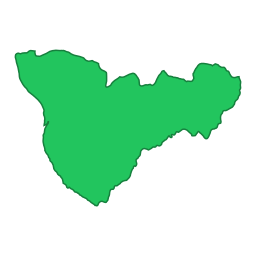 the district of Contadero, Nariño, Colombia
{"feature_id": "7082276B82030364647033", "entity_name": "Contadero", "entity_type": "district", "adm_level": 2, "iso_a3": "COL", "parent_name": "Colombia", "parent_adm1": "Nariño", "projection": "natural_earth1", "projection_center": [-77.512, 0.928], "detail": "fine", "context": "isolated", "style": "filled", "palette": "green", "viewbox_px": 256, "rotation_deg": 0, "n_neighbors": 0, "source": "geoboundaries", "source_scale": "gbopen_adm2", "svg_char_len": 5733}
<svg xmlns="http://www.w3.org/2000/svg" viewBox="0 0 256 256"><path d="M239.0,76.7L237.6,76.8L235.7,77.4L234.6,77.6L233.3,77.5L232.3,77.2L231.5,76.6L230.8,75.7L229.7,73.9L229.1,72.3L228.6,71.6L228.2,71.2L227.0,70.9L226.4,70.5L225.3,68.5L224.5,67.6L223.9,67.3L222.6,67.4L221.6,67.3L221.0,67.1L219.1,66.0L218.2,64.9L216.0,64.1L215.4,63.9L215.1,64.0L213.6,65.0L212.5,65.5L212.4,65.7L211.0,64.8L209.2,64.5L207.3,64.0L203.8,63.5L201.4,63.5L199.7,64.0L198.6,64.9L197.8,65.8L196.6,67.7L195.8,68.6L194.3,71.4L194.0,72.6L193.3,73.4L193.1,73.8L193.2,75.7L193.6,76.7L193.8,78.5L192.6,80.6L192.1,81.1L191.0,81.4L187.6,81.1L186.7,81.6L185.1,80.7L183.9,79.5L183.6,79.3L181.9,79.2L180.8,78.9L178.8,78.5L177.9,77.9L177.6,77.8L177.0,77.9L176.6,77.7L174.8,77.3L173.6,77.4L172.4,76.7L170.6,76.3L169.3,76.3L168.0,75.6L167.6,75.3L165.5,72.5L165.0,72.2L163.9,70.7L162.4,71.1L162.0,71.4L160.7,73.6L159.4,74.9L158.7,75.8L156.8,79.4L155.5,82.5L154.6,83.7L153.8,84.6L152.4,85.4L151.8,85.4L151.2,85.0L150.3,84.4L149.4,84.5L147.3,85.0L146.3,84.8L145.2,84.9L142.9,85.8L141.8,86.0L140.9,85.9L140.0,85.4L139.7,85.1L139.4,84.4L139.0,80.0L138.1,78.4L137.9,77.9L136.9,76.6L136.1,75.2L135.4,74.7L134.7,73.8L133.6,73.4L132.8,73.3L131.7,73.6L129.4,74.3L124.1,76.9L122.6,77.2L122.0,77.2L120.6,77.1L119.9,76.8L118.1,78.3L114.7,80.5L113.1,81.9L111.8,83.3L110.6,85.4L108.1,86.8L107.4,87.0L106.6,87.1L106.0,86.7L105.8,86.4L105.7,85.5L106.0,83.8L106.6,81.1L106.6,76.8L106.5,73.5L106.3,72.5L104.6,71.2L102.3,70.2L101.2,69.5L100.2,68.5L99.2,66.8L98.6,64.8L98.5,63.6L96.4,62.5L93.9,61.7L92.5,60.7L91.7,60.7L90.5,61.0L89.1,61.2L88.4,61.2L86.8,60.7L85.9,60.3L85.0,59.5L83.8,58.1L83.1,57.7L79.7,56.5L74.8,55.4L73.5,55.0L71.1,53.9L69.0,52.4L68.3,52.1L66.5,51.7L64.8,50.9L63.5,50.5L62.8,50.6L61.8,50.5L60.0,50.6L55.9,50.3L52.5,50.7L49.9,51.4L46.3,53.5L42.8,55.0L40.7,56.0L39.7,56.3L36.9,56.1L36.1,55.8L35.7,55.5L35.3,54.5L34.9,52.9L34.9,51.6L35.0,51.1L30.9,50.6L30.3,50.6L29.0,51.2L27.5,52.5L26.6,52.9L24.4,52.9L22.4,53.1L20.4,53.8L18.3,53.2L17.7,53.3L16.7,53.7L15.8,54.5L15.6,55.0L15.4,56.1L15.4,57.5L16.1,60.0L16.5,62.4L18.0,67.4L18.9,72.2L19.2,73.5L19.4,76.5L19.6,77.7L19.9,78.7L20.7,80.4L22.7,84.0L23.7,85.5L24.9,87.0L26.6,88.6L28.1,91.1L28.8,91.9L33.0,95.2L37.8,99.5L40.5,102.7L41.8,104.7L43.8,109.3L44.0,110.2L44.0,111.2L43.6,112.5L43.6,113.8L43.9,115.4L44.5,116.6L44.8,118.7L44.8,119.4L44.6,120.1L44.6,122.4L44.3,123.8L44.1,125.4L47.0,124.0L47.6,123.2L48.0,121.8L48.2,121.7L48.4,121.7L48.3,122.7L48.0,123.6L46.6,125.5L45.0,128.6L44.7,129.9L44.3,133.1L43.3,134.9L43.2,135.6L43.4,137.3L43.3,138.2L43.1,141.0L43.2,142.2L43.8,145.3L44.4,147.0L44.7,148.3L44.9,149.4L44.9,150.6L45.4,151.3L45.8,152.3L46.6,153.6L47.7,154.8L48.1,155.5L48.7,157.4L49.8,158.7L50.0,160.5L50.1,160.8L52.0,162.6L52.6,164.0L53.1,164.8L53.9,168.8L54.8,170.3L55.4,171.0L56.2,171.6L56.7,172.1L57.1,172.7L57.7,174.1L59.0,175.3L60.2,175.9L60.5,176.1L60.6,176.7L62.0,178.4L62.4,179.0L63.1,182.1L63.2,183.2L64.8,184.1L66.0,185.0L66.5,186.1L66.8,187.2L67.2,187.6L67.7,188.0L68.2,188.0L69.0,187.4L69.3,187.3L70.9,188.7L72.7,189.5L73.1,189.9L73.8,190.5L74.3,191.4L75.0,192.0L76.9,192.3L77.4,193.0L78.4,193.3L78.7,193.5L79.5,194.7L79.9,195.0L80.8,195.3L82.7,196.9L83.6,197.2L84.5,197.7L85.9,198.3L86.6,198.7L87.6,199.9L88.0,200.3L89.4,200.8L91.2,202.5L94.4,204.6L95.0,205.4L95.6,205.3L96.0,205.6L96.4,205.7L97.1,205.7L97.7,205.3L97.9,204.9L98.7,203.1L99.4,202.2L100.9,201.4L102.1,201.3L102.7,201.5L104.2,202.1L105.4,202.4L106.1,202.3L107.0,201.2L107.8,200.2L108.6,196.6L109.0,196.1L109.4,194.8L109.7,192.2L110.1,190.7L110.6,189.8L110.8,189.5L111.3,189.4L112.4,189.2L113.0,189.3L113.4,189.1L114.0,188.3L114.3,186.9L114.6,186.3L115.1,185.8L115.5,185.7L116.5,185.8L117.5,185.5L118.3,184.7L120.2,183.5L120.8,182.5L122.8,181.2L124.6,180.6L126.6,180.3L129.1,177.7L129.5,177.1L130.3,175.6L130.5,174.3L131.4,171.4L132.3,169.3L133.3,168.1L133.5,166.9L133.7,166.5L134.1,166.1L134.4,165.9L135.3,166.3L135.9,165.9L136.3,165.3L136.6,164.5L136.7,163.6L136.4,162.3L136.1,161.3L136.1,159.8L136.3,159.4L136.7,159.0L137.8,158.3L138.7,156.7L139.7,155.8L140.1,155.1L140.3,154.3L140.7,151.4L141.1,150.6L141.5,150.1L142.3,149.3L142.8,148.9L144.2,148.5L144.8,148.6L147.1,149.2L148.0,149.7L148.3,149.9L148.8,149.8L151.4,148.3L152.7,147.2L153.4,147.0L154.6,147.1L155.3,147.0L155.7,146.8L156.6,145.6L157.1,145.4L159.3,145.9L160.2,145.6L161.1,144.9L161.4,144.5L161.7,144.0L161.8,143.3L162.1,142.5L162.4,142.2L162.9,141.7L163.7,141.3L164.4,140.4L165.0,140.1L165.4,140.0L166.2,139.5L167.0,138.5L168.6,136.1L169.0,135.9L169.3,136.0L170.2,137.2L170.5,137.4L171.2,137.5L171.7,137.4L172.0,136.6L171.4,135.1L171.6,134.6L172.2,134.5L173.9,135.0L174.6,134.7L175.2,133.9L176.2,132.1L176.6,131.8L177.1,131.7L178.0,132.2L178.6,132.2L182.4,129.4L183.3,129.2L184.6,129.2L185.4,129.4L186.1,129.7L187.1,130.2L189.6,132.6L190.7,133.4L191.7,134.6L191.8,135.5L192.1,135.8L193.6,135.8L195.2,135.6L195.9,134.8L196.7,133.5L197.4,132.8L197.9,131.9L198.3,131.5L198.6,131.5L199.3,132.0L200.3,133.2L200.8,133.4L203.2,135.8L204.0,137.1L204.9,138.1L205.6,138.6L206.3,138.7L207.0,138.6L207.6,138.1L208.6,136.6L210.0,133.3L210.3,132.5L210.4,131.6L211.3,129.9L212.6,129.1L214.4,128.9L215.5,128.3L215.8,128.3L216.3,128.1L217.2,127.1L217.8,124.9L218.4,123.9L218.7,123.7L220.3,123.3L220.8,122.9L221.0,121.6L220.6,119.5L220.5,117.3L220.7,115.8L221.1,114.7L222.4,113.0L222.7,111.8L223.1,111.2L223.4,110.8L224.0,110.6L225.7,110.6L226.8,110.2L232.3,107.1L233.0,106.3L234.5,104.0L234.7,102.5L235.2,101.5L235.9,100.5L237.4,99.3L237.9,98.5L238.6,96.2L239.0,95.6L239.6,94.9L240.0,93.7L240.1,92.4L239.6,90.7L239.6,89.9L239.7,89.6L240.1,89.3L240.4,88.8L240.6,87.9L240.3,84.9L240.6,82.8L240.6,81.5L239.3,78.3L239.0,77.3L239.0,76.7Z" fill="#22c55e" stroke="#15803d" stroke-width="1.5"/></svg>